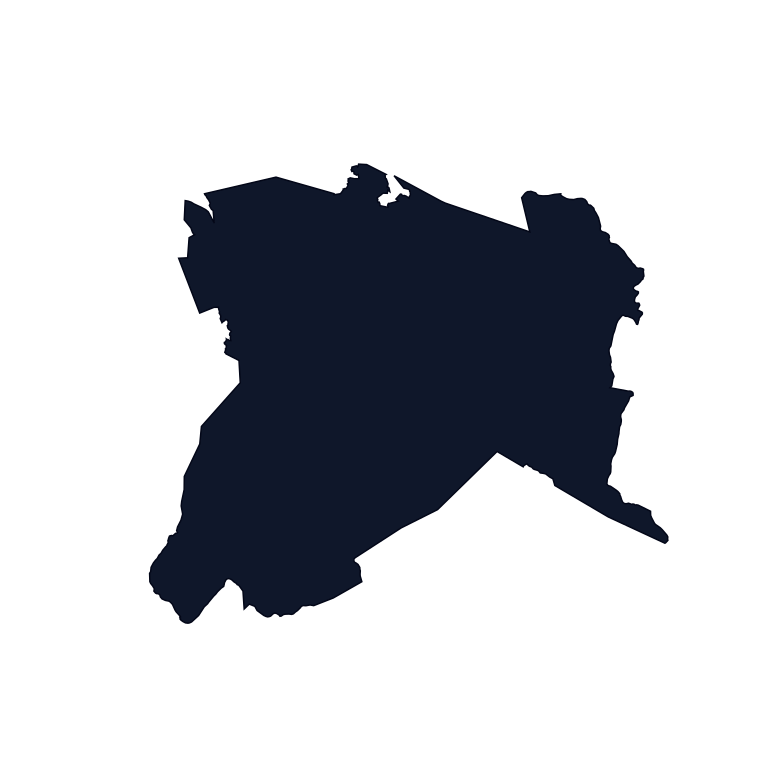 Santos Reyes Nopala, Oaxaca, Mexico, rotated 253°
{"feature_id": "50627088B74291328650735", "entity_name": "Santos Reyes Nopala", "entity_type": "district", "adm_level": 2, "iso_a3": "MEX", "parent_name": "Mexico", "parent_adm1": "Oaxaca", "projection": "orthographic", "projection_center": [-97.189, 16.083], "detail": "fine", "context": "isolated", "style": "filled", "palette": "ink", "viewbox_px": 768, "rotation_deg": 253, "n_neighbors": 0, "source": "geoboundaries", "source_scale": "gbopen_adm2", "svg_char_len": 6171}
<svg xmlns="http://www.w3.org/2000/svg" viewBox="0 0 768 768"><g transform="rotate(253 384 384)"><path d="M505.7,228.5L507.0,243.8L505.8,248.2L505.4,247.9L501.1,247.8L500.0,247.1L497.8,247.7L496.6,247.7L495.7,247.4L494.4,246.5L490.0,247.0L490.5,247.8L491.2,250.2L492.0,251.5L490.6,253.0L488.8,253.2L486.7,252.2L485.9,252.1L485.6,251.2L483.4,251.0L481.9,251.4L479.7,253.1L478.8,253.3L477.8,251.6L476.5,250.8L475.7,250.7L474.8,251.4L472.7,250.4L470.3,250.2L471.0,248.5L472.1,247.9L472.6,246.7L473.1,246.4L472.2,246.2L471.6,245.7L470.4,244.1L470.4,243.5L469.3,243.2L468.0,243.8L467.0,244.6L464.3,243.4L463.9,242.6L463.2,242.7L460.8,241.0L459.6,241.7L459.0,241.7L448.9,252.2L427.2,246.9L396.8,197.0L380.5,190.3L354.0,166.0L341.4,162.0L330.9,156.2L326.7,154.4L318.4,153.4L313.1,150.0L307.7,144.8L304.3,142.8L302.4,143.3L301.9,142.3L302.1,141.0L300.6,137.8L301.3,136.4L301.3,134.4L299.3,132.8L298.6,132.5L297.5,131.6L295.2,131.2L293.8,129.6L293.0,129.3L292.1,127.5L289.7,123.8L287.3,121.3L286.2,118.9L283.4,116.1L282.3,114.0L280.3,111.2L276.8,107.7L272.8,106.0L271.5,104.5L263.4,102.3L261.4,102.6L258.6,103.7L255.4,104.5L253.2,103.4L250.8,104.4L249.8,105.6L249.5,106.9L247.6,108.0L245.8,107.9L243.4,108.9L241.0,111.6L239.2,114.9L237.8,116.0L235.1,117.3L228.9,118.1L227.0,118.6L221.2,121.3L220.5,120.0L220.5,120.6L219.7,121.0L219.0,120.2L217.4,120.9L215.6,122.3L213.6,124.3L212.6,126.6L212.4,128.2L212.7,130.4L216.8,139.0L223.5,147.0L225.4,151.0L226.8,152.8L231.0,159.2L232.2,161.6L234.0,164.1L236.4,168.7L237.3,171.5L239.8,173.0L240.5,173.2L242.4,175.1L242.7,175.1L243.4,176.7L243.5,178.2L242.5,180.0L241.2,181.2L238.6,182.7L236.6,184.4L235.0,185.0L234.0,186.3L227.2,188.6L209.7,184.5L212.9,190.8L209.1,195.5L204.5,196.4L197.8,201.4L196.2,203.2L195.3,204.7L195.1,206.6L195.2,207.8L196.7,210.8L196.9,212.7L195.7,214.5L193.5,216.3L192.3,216.6L192.1,217.9L192.9,220.3L192.8,222.1L191.8,225.9L190.7,228.3L190.7,230.2L191.9,232.7L192.6,235.0L194.6,238.8L195.5,239.8L195.8,241.8L194.8,244.5L194.3,248.7L192.6,252.0L194.2,272.9L201.4,305.0L207.3,305.1L209.1,305.5L212.2,306.7L214.0,306.8L215.6,307.2L219.0,306.4L220.8,305.1L222.0,303.9L223.2,303.4L225.4,304.0L226.3,305.6L241.4,358.5L248.2,398.5L286.4,472.4L264.1,492.9L265.0,493.7L265.7,496.0L265.7,497.6L264.1,498.1L262.8,499.1L261.3,501.0L259.4,501.8L258.5,502.6L256.6,505.5L255.7,506.5L253.3,507.4L252.1,510.0L250.8,512.3L246.5,515.3L244.0,517.8L237.0,517.7L191.3,559.6L149.6,606.1L149.9,607.1L151.5,609.8L152.8,609.9L154.8,610.7L156.9,610.3L163.3,607.5L165.7,606.2L170.4,602.5L171.9,601.9L177.9,600.8L180.4,600.6L184.4,601.7L193.9,591.6L194.6,590.2L194.7,589.0L195.8,588.1L196.5,586.9L196.4,585.8L198.5,583.0L198.7,580.5L199.4,579.0L200.8,577.8L203.6,577.4L207.3,577.4L208.9,577.1L210.1,577.4L212.7,576.3L214.5,575.1L220.0,570.7L221.0,569.1L221.7,568.4L223.3,567.9L228.0,569.9L230.9,572.5L232.1,574.1L233.6,575.1L239.2,577.1L241.2,577.4L245.0,579.4L247.1,580.9L249.9,584.3L251.8,585.7L258.0,589.3L262.9,591.3L267.8,594.1L270.2,595.0L274.2,596.8L276.1,598.6L278.7,599.9L280.4,600.5L283.4,600.7L285.5,601.5L286.5,602.2L289.1,605.8L290.9,607.1L296.3,612.9L299.8,615.3L300.2,618.6L300.3,618.9L301.3,619.2L302.5,619.5L303.4,619.3L304.6,618.3L305.3,617.2L305.8,615.4L314.4,599.0L315.7,601.3L322.1,604.5L323.0,605.4L324.1,606.2L327.1,606.1L330.7,605.3L332.7,605.4L334.4,606.0L335.5,605.8L337.2,606.5L338.5,607.6L343.3,608.4L346.1,608.2L348.6,608.6L350.1,608.9L352.2,609.8L354.1,612.1L364.3,617.6L367.1,619.8L373.7,624.0L376.4,626.4L379.6,631.2L379.9,632.2L379.8,633.0L378.2,634.7L377.4,636.9L374.5,640.5L373.3,641.6L372.0,642.1L369.4,642.8L367.4,643.0L366.9,643.9L368.0,644.8L370.0,645.8L370.7,646.5L372.5,647.3L375.2,651.4L376.4,651.9L377.3,651.7L379.6,649.4L380.1,648.5L380.9,648.5L381.6,648.6L384.5,651.5L385.6,651.6L386.8,651.3L387.6,648.8L388.3,648.1L389.1,647.7L391.0,648.0L393.7,649.7L395.3,652.4L396.5,653.8L397.7,654.2L398.3,653.7L399.4,652.0L401.5,650.4L402.5,650.4L403.5,650.8L404.2,651.5L404.9,653.6L405.3,656.1L407.0,659.3L408.2,660.6L408.4,661.8L408.8,662.4L409.6,662.8L410.4,662.8L410.5,663.5L411.2,664.1L415.8,664.9L417.1,665.6L417.9,665.7L418.6,665.1L420.0,662.9L420.2,661.1L421.4,659.3L424.3,658.4L427.1,656.7L429.2,656.3L434.7,653.8L440.7,652.2L448.0,648.2L449.8,646.7L452.0,642.6L453.1,641.4L456.2,641.3L457.3,641.6L458.2,642.4L459.1,642.4L460.0,642.7L461.5,642.2L464.1,640.0L465.8,637.3L467.5,636.0L469.4,636.2L471.6,637.3L480.5,637.7L485.3,636.8L488.5,635.9L490.7,636.0L494.1,634.1L494.8,633.5L494.9,632.7L496.3,631.6L497.4,631.3L499.2,631.2L501.8,630.0L503.4,627.9L503.9,626.7L504.7,623.2L504.9,619.4L506.4,615.3L507.8,612.8L510.7,609.9L512.8,608.2L514.2,608.7L515.5,602.3L516.0,596.2L517.4,591.0L519.0,587.2L520.1,585.9L522.4,584.9L525.3,580.8L525.5,579.3L525.9,577.8L525.7,576.3L525.0,574.6L521.9,570.1L486.8,567.9L539.0,495.6L542.1,492.1L580.2,454.5L565.5,460.3L563.0,464.5L561.8,465.2L560.8,464.9L560.3,465.2L557.0,464.5L555.4,462.6L554.5,462.2L557.1,460.2L557.7,459.4L558.3,458.6L558.7,456.5L560.3,456.3L560.8,455.2L557.4,449.5L554.7,451.1L555.1,441.7L555.4,441.1L554.8,440.4L553.6,439.6L552.2,440.0L551.8,439.5L555.7,432.3L557.8,432.7L559.4,432.5L559.5,431.3L561.7,431.5L562.1,432.0L563.9,431.9L564.2,432.1L565.9,436.9L566.3,437.5L566.7,439.1L565.4,442.9L568.3,444.2L566.2,445.8L570.1,446.1L570.9,445.7L571.2,445.0L571.1,444.6L571.9,444.7L572.4,445.4L574.2,446.4L579.5,446.2L580.1,445.5L583.6,446.1L583.8,447.3L598.9,431.6L601.7,424.0L599.5,422.8L599.4,422.3L599.8,422.4L600.4,422.0L600.7,421.2L600.8,416.8L599.0,415.9L598.5,415.2L596.6,415.4L596.6,416.2L595.9,417.3L593.8,416.8L591.7,419.0L592.0,420.6L587.7,420.1L588.9,415.9L591.0,412.0L590.6,409.6L588.7,409.5L588.6,408.9L586.9,409.3L586.0,407.4L584.8,407.8L584.2,407.4L581.9,405.1L582.4,403.9L582.3,402.0L581.9,402.1L580.6,400.7L578.7,398.0L579.6,391.5L580.6,391.9L613.4,341.2L618.4,268.0L617.3,268.1L616.2,268.8L613.8,269.2L611.3,270.1L607.7,270.7L605.8,269.2L601.4,270.1L599.9,271.3L587.5,268.7L600.0,266.3L602.8,264.5L606.6,260.7L611.8,254.9L614.2,252.8L616.1,250.2L617.5,247.5L599.4,241.0L589.8,245.0L585.3,245.2L583.3,245.7L582.1,246.5L580.9,240.4L562.1,233.1L564.3,224.4L505.7,228.5Z" fill="#0f172a" stroke="#020617" stroke-width="1.5"/></g></svg>